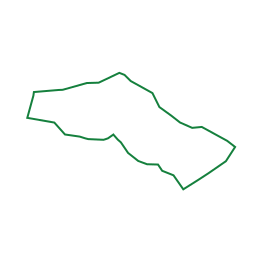 Yeso'nzu'il, Övörhangay, Mongolia, rotated 324°
{"feature_id": "93677404B53674077501542", "entity_name": "Yeso'nzu'il", "entity_type": "district", "adm_level": 2, "iso_a3": "MNG", "parent_name": "Mongolia", "parent_adm1": "Övörhangay", "projection": "natural_earth1", "projection_center": [103.684, 46.617], "detail": "fine", "context": "isolated", "style": "outline", "palette": "green", "viewbox_px": 256, "rotation_deg": 324, "n_neighbors": 0, "source": "geoboundaries", "source_scale": "gbopen_adm2", "svg_char_len": 635}
<svg xmlns="http://www.w3.org/2000/svg" viewBox="0 0 256 256"><g transform="rotate(324 128 128)"><path d="M153.4,78.3L130.9,74.1L121.1,67.4L97.6,58.7L94.3,56.5L73.0,43.6L70.5,46.2L52.5,60.6L71.6,80.3L73.2,96.2L83.9,106.6L87.3,111.2L89.3,113.6L101.2,123.1L102.8,123.7L105.8,124.6L112.3,124.7L112.3,124.8L112.9,131.4L113.8,135.4L113.4,148.2L116.9,160.7L122.1,168.5L130.8,175.2L130.5,182.7L137.0,193.0L136.7,210.1L154.8,211.3L166.5,211.9L187.7,212.4L203.5,206.3L200.7,196.7L188.3,170.5L180.0,165.6L173.3,154.1L170.4,143.9L165.7,129.5L168.3,114.1L157.8,91.6L156.4,83.0L153.4,78.3Z" fill="none" stroke="#15803d" stroke-width="2"/></g></svg>